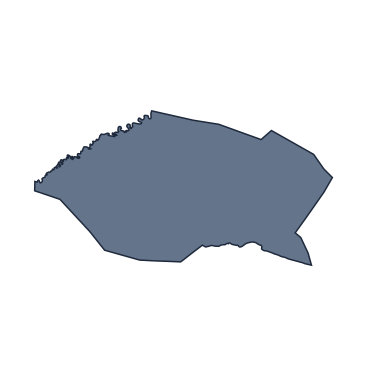 Bayannuur, Bulgan, Mongolia (Albers equal-area conic projection), rotated 301°
{"feature_id": "93677404B15769150174360", "entity_name": "Bayannuur", "entity_type": "district", "adm_level": 2, "iso_a3": "MNG", "parent_name": "Mongolia", "parent_adm1": "Bulgan", "projection": "albers", "projection_center": [104.475, 47.85], "detail": "fine", "context": "isolated", "style": "filled", "palette": "slate", "viewbox_px": 384, "rotation_deg": 301, "n_neighbors": 0, "source": "geoboundaries", "source_scale": "gbopen_adm2", "svg_char_len": 5796}
<svg xmlns="http://www.w3.org/2000/svg" viewBox="0 0 384 384"><g transform="rotate(301 192 192)"><path d="M240.8,115.7L239.4,116.0L238.2,116.3L237.1,117.0L235.7,117.9L234.9,118.5L234.1,118.7L233.4,118.6L233.0,118.2L232.9,117.6L232.9,117.2L233.1,116.7L233.6,116.3L234.6,115.1L234.4,114.2L233.4,112.1L232.7,111.8L232.2,111.9L231.4,112.7L230.7,113.1L229.3,113.0L228.7,112.8L228.1,112.1L228.0,111.4L228.3,110.7L228.3,110.0L228.2,109.0L228.1,108.6L227.7,108.4L227.1,108.4L226.3,108.6L225.6,109.0L225.3,109.7L225.2,110.6L225.3,111.4L225.6,112.0L225.6,112.5L225.4,113.2L225.0,113.3L224.6,113.2L223.9,112.8L223.3,112.1L222.5,110.2L221.7,107.8L221.1,106.4L220.7,105.9L220.2,105.9L219.4,105.9L218.7,106.3L218.2,106.9L217.6,107.5L217.1,107.5L216.5,107.0L215.9,106.9L215.3,107.2L215.0,106.6L215.3,105.8L215.6,105.6L216.6,105.2L217.0,104.9L217.5,104.5L217.7,103.9L217.6,102.9L217.2,102.3L216.3,101.9L215.4,102.0L214.6,102.4L214.2,103.2L214.0,104.0L213.6,104.9L213.2,105.7L212.7,106.0L211.8,105.9L211.5,105.1L211.1,104.3L210.5,103.9L210.1,104.8L209.6,104.7L209.2,103.8L208.7,103.9L208.4,103.6L208.4,103.0L209.1,102.1L208.7,100.9L208.2,99.9L208.2,99.3L208.6,98.9L208.9,98.5L209.3,98.4L209.6,98.5L210.2,98.7L210.8,98.0L211.2,97.2L210.9,96.3L210.6,95.9L209.9,95.7L209.4,95.6L208.5,95.9L207.9,96.3L207.1,96.5L206.4,97.1L206.1,98.0L205.8,98.1L205.4,98.0L205.0,97.9L204.8,97.4L204.1,96.0L203.8,95.6L203.2,95.3L202.7,95.2L202.4,95.4L202.2,95.8L202.2,96.5L202.2,97.1L202.2,97.4L201.9,98.2L201.6,97.8L201.2,97.1L201.2,96.2L201.7,95.1L201.8,94.1L201.6,93.5L201.2,93.5L200.8,94.0L200.4,94.2L200.7,96.0L200.8,96.5L200.5,97.2L200.0,97.3L199.5,97.0L199.4,96.8L198.9,95.0L198.0,93.0L197.8,92.3L197.7,91.5L197.5,91.1L197.6,90.8L198.2,91.1L198.9,91.2L199.3,90.7L199.2,90.0L198.8,89.3L198.4,88.8L197.6,88.3L197.0,87.8L196.4,87.3L195.9,86.8L195.6,86.3L195.3,85.3L194.9,84.5L194.6,84.3L193.9,84.3L193.5,84.5L193.1,84.2L192.8,84.1L192.4,84.2L191.4,84.5L190.7,84.6L189.8,84.9L189.4,84.9L188.6,84.8L187.9,84.5L187.8,84.4L188.1,83.9L188.2,83.4L188.0,83.2L187.7,83.1L187.3,83.1L186.5,83.3L185.9,83.2L185.3,82.8L184.9,82.4L184.6,81.3L184.5,81.0L184.1,81.0L183.8,81.1L183.3,82.0L183.1,82.2L182.9,82.3L182.4,82.1L182.0,82.1L181.7,82.2L181.4,82.3L181.0,82.3L180.7,82.2L180.4,81.8L180.5,81.4L180.8,81.0L180.8,80.7L180.7,80.3L180.3,80.1L179.7,80.4L179.3,80.7L178.6,81.2L177.6,81.3L177.1,81.5L176.9,81.6L176.8,82.4L176.8,82.8L176.6,82.6L175.8,81.7L175.6,81.3L175.7,80.8L176.0,80.7L176.5,80.3L176.6,79.6L176.3,78.5L175.8,77.3L175.2,76.5L174.7,76.1L173.5,76.3L171.8,76.5L171.2,76.9L170.8,77.0L170.4,76.5L169.7,75.9L169.1,76.0L168.8,76.1L168.0,76.7L167.6,76.8L167.2,76.7L166.8,75.8L166.2,74.7L165.6,74.4L165.2,74.5L164.6,74.9L164.1,75.5L163.4,75.3L162.9,75.3L162.5,75.5L162.5,76.0L162.7,76.3L163.2,76.7L163.7,76.9L164.2,77.4L164.0,77.8L163.5,78.0L162.8,77.9L162.4,77.4L162.2,76.6L162.2,74.5L161.9,73.4L161.8,73.2L161.3,73.0L160.5,73.1L158.5,73.0L158.4,72.8L158.4,72.4L158.4,72.2L160.3,72.2L160.7,71.9L160.8,71.5L160.7,70.9L160.1,70.8L159.5,70.8L158.9,71.1L158.5,70.9L158.8,70.4L159.3,70.2L159.7,69.7L160.0,68.7L160.0,67.8L160.0,67.2L159.9,66.8L159.6,66.3L159.1,66.3L158.8,66.4L158.7,67.1L158.6,67.8L158.2,68.4L157.9,68.4L157.1,68.4L157.0,68.1L157.3,67.7L157.5,67.2L157.3,66.9L156.3,66.9L155.1,67.6L154.8,67.5L154.6,66.8L154.4,66.0L154.1,65.6L153.7,65.2L153.4,65.1L152.9,65.2L152.5,65.6L152.2,66.0L151.9,65.9L151.8,65.6L151.7,65.2L152.4,64.2L152.4,63.6L152.2,63.2L151.9,63.1L151.3,63.1L150.7,63.2L150.2,63.6L150.0,64.1L150.2,65.9L150.1,66.4L149.7,66.6L149.1,66.6L148.9,66.5L148.7,66.2L148.8,65.8L149.5,65.3L149.8,64.4L149.6,63.5L149.0,62.6L148.7,62.4L148.4,62.7L147.8,63.2L147.4,64.2L147.2,65.0L146.8,65.6L146.5,65.7L145.7,65.8L145.3,65.3L145.2,65.0L145.4,64.9L146.1,64.8L146.8,64.3L147.2,63.8L147.3,63.2L147.0,62.7L146.6,62.6L145.9,62.7L145.3,62.9L144.3,62.5L143.9,62.8L143.5,63.8L143.2,64.1L142.9,63.9L142.8,63.7L142.8,63.1L143.0,62.6L143.0,62.1L142.8,61.9L142.4,61.8L141.8,61.5L141.2,61.9L140.6,62.1L140.0,62.1L139.8,61.8L140.0,61.3L140.0,61.0L139.7,60.7L139.2,60.7L138.8,60.9L137.9,61.0L137.3,60.3L136.9,60.1L135.9,60.2L135.7,60.0L135.4,59.3L135.2,58.8L133.4,57.7L132.4,57.7L132.4,58.0L132.4,58.5L132.2,58.9L131.8,58.9L131.3,58.1L130.7,57.8L130.2,57.8L129.2,58.2L128.5,58.0L128.0,57.5L127.0,56.9L126.2,56.6L125.6,57.0L124.9,57.8L124.3,58.1L123.4,58.2L121.9,57.6L121.7,57.0L122.0,56.3L122.5,55.8L123.1,54.8L123.1,54.2L122.2,54.0L120.7,54.1L120.1,51.9L119.8,52.1L112.0,56.5L117.7,82.6L105.5,124.6L97.1,147.1L106.7,182.2L113.6,195.2L121.2,209.0L126.2,218.2L129.2,219.5L137.4,222.6L151.8,228.3L151.8,229.9L151.9,231.9L152.3,232.5L153.0,233.1L154.2,234.4L155.3,235.3L156.3,236.3L157.4,239.4L157.6,240.0L159.0,242.5L159.6,243.2L160.0,243.4L161.2,244.0L161.5,244.3L161.9,244.7L162.5,245.5L162.8,245.9L163.4,246.6L163.5,246.8L163.6,247.2L163.8,247.4L164.0,247.6L164.5,247.7L165.2,248.0L166.0,248.6L166.2,248.9L166.3,249.5L166.5,249.9L167.3,249.9L167.6,250.2L167.8,250.7L167.7,252.5L167.8,253.5L167.9,253.9L168.8,256.3L169.1,257.4L169.4,257.9L169.6,258.2L169.8,258.5L169.8,259.1L169.7,259.5L169.4,260.1L169.4,260.7L169.4,261.2L170.5,262.5L171.4,263.0L173.5,263.9L174.8,264.4L176.0,265.1L177.0,265.9L178.1,267.0L180.4,269.6L180.7,270.5L181.2,271.9L181.5,273.0L181.4,274.2L181.3,275.9L181.6,278.0L181.8,278.5L181.8,279.0L181.7,279.4L181.5,279.6L181.2,279.9L179.3,280.8L179.0,281.2L178.8,281.7L178.8,282.6L178.8,283.6L179.0,284.4L179.2,285.0L179.7,285.5L179.9,286.2L180.9,291.1L181.2,293.0L181.4,294.6L182.2,297.6L182.4,299.3L182.6,301.0L182.8,302.2L183.8,305.2L184.1,306.7L184.1,308.0L184.4,309.5L188.4,323.5L188.7,325.7L190.8,332.1L199.4,323.0L209.0,308.7L210.1,301.5L231.0,303.2L260.1,305.2L276.7,304.9L279.7,293.0L286.9,276.9L285.6,228.4L272.5,224.2L263.8,180.0L254.2,156.2L240.8,115.7Z" fill="#64748b" stroke="#1e293b" stroke-width="1.5"/></g></svg>